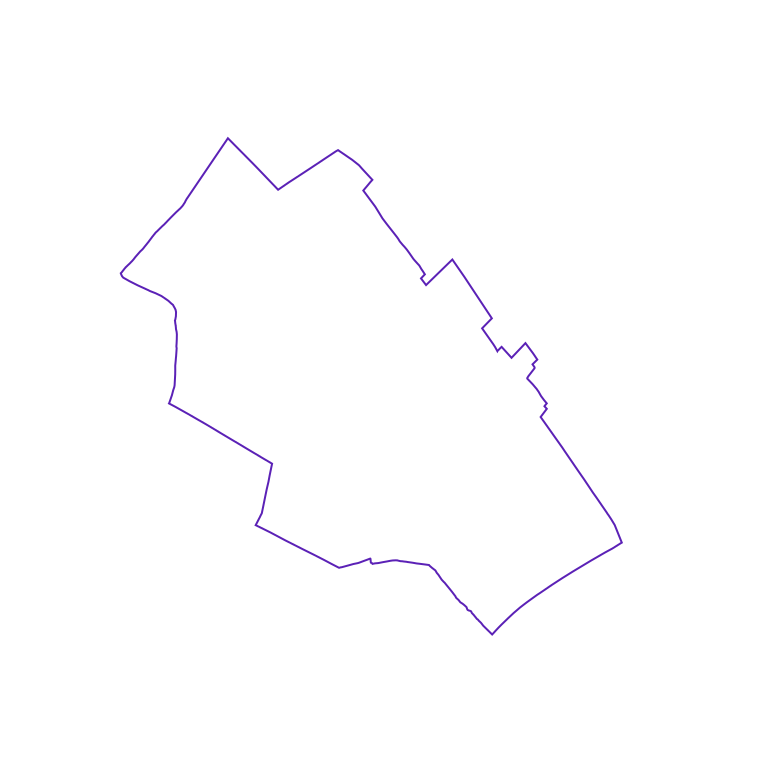 Bang Na, Bangkok Metropolis, Thailand (Equal Earth projection), rotated 208°
{"feature_id": "78962969B90575155663708", "entity_name": "Bang Na", "entity_type": "district", "adm_level": 2, "iso_a3": "THA", "parent_name": "Thailand", "parent_adm1": "Bangkok Metropolis", "projection": "equal_earth", "projection_center": [100.623, 13.666], "detail": "fine", "context": "isolated", "style": "outline", "palette": "violet", "viewbox_px": 768, "rotation_deg": 208, "n_neighbors": 0, "source": "geoboundaries", "source_scale": "gbopen_adm2", "svg_char_len": 5217}
<svg xmlns="http://www.w3.org/2000/svg" viewBox="0 0 768 768"><g transform="rotate(208 384 384)"><path d="M564.7,265.9L557.5,265.9L548.7,265.7L544.9,265.6L543.8,265.6L532.2,265.2L523.0,264.9L505.6,264.0L499.6,263.7L493.3,263.4L471.1,262.3L469.0,262.2L457.0,261.6L445.4,261.1L444.6,258.3L441.9,249.1L441.7,248.5L440.1,243.4L438.2,236.2L435.7,227.7L433.2,219.3L431.5,213.5L431.3,212.9L431.2,212.1L431.2,210.0L431.1,208.1L431.1,206.0L431.0,199.1L421.9,199.4L414.6,199.6L411.5,199.6L410.1,199.6L397.9,199.6L387.6,199.8L377.7,200.0L366.5,200.3L354.9,200.5L345.8,200.5L337.6,200.6L337.3,200.7L337.2,200.8L335.9,202.0L335.5,202.2L330.8,206.6L326.5,210.7L323.1,213.5L322.0,214.6L319.7,217.2L315.6,221.8L314.4,223.2L314.1,223.4L313.9,223.3L313.2,222.3L312.4,221.0L311.7,220.1L311.3,220.2L310.5,220.2L310.1,220.0L309.7,219.8L307.9,221.3L305.0,223.2L301.3,226.2L298.1,228.7L295.5,230.8L293.6,232.2L290.6,234.0L289.8,234.3L289.2,234.6L288.9,234.6L288.2,234.8L287.8,234.9L286.3,235.3L284.3,236.2L284.2,236.2L282.6,236.8L282.4,236.9L280.6,237.6L279.9,237.8L279.5,237.9L279.3,238.0L274.9,239.6L270.9,240.9L268.1,242.0L263.6,243.7L259.3,245.3L259.0,245.2L258.8,245.1L258.3,244.9L255.2,244.2L252.3,243.7L251.6,243.6L251.1,243.5L248.7,242.0L246.4,241.1L245.3,240.5L241.2,238.3L238.0,237.2L237.4,237.1L226.3,232.4L221.1,230.0L220.3,229.3L219.6,229.0L216.8,228.3L214.1,227.1L211.5,226.9L209.4,226.5L208.6,226.3L206.7,225.8L206.4,225.7L205.0,224.4L204.5,224.0L204.0,223.8L203.6,223.8L203.0,223.8L201.7,224.1L200.9,224.2L200.5,224.1L200.3,224.1L199.0,223.1L198.7,223.0L198.5,222.9L197.8,222.7L195.8,222.0L195.0,221.6L194.3,221.3L193.7,221.1L192.2,220.4L191.8,220.2L190.6,220.1L189.6,219.7L189.2,219.5L187.7,219.1L186.0,218.6L185.6,218.4L184.5,217.9L183.0,217.2L170.9,213.6L170.6,214.7L169.6,218.6L168.5,222.7L167.3,226.7L164.8,234.4L164.7,234.8L162.0,242.7L160.5,246.5L159.0,250.4L157.2,254.4L155.4,258.3L153.5,262.2L149.7,269.9L148.3,272.4L141.7,285.0L135.5,296.2L129.2,307.1L118.4,325.1L111.8,335.7L109.6,339.2L105.1,346.0L99.6,355.6L114.1,367.8L119.8,371.2L124.0,373.5L126.1,374.5L126.3,374.7L133.4,378.4L133.8,378.6L143.0,383.4L148.6,386.2L156.9,390.7L158.8,391.7L162.5,393.7L166.8,395.9L173.0,399.1L177.4,401.4L183.7,404.7L192.7,409.4L196.4,411.4L230.2,428.4L228.6,438.5L231.9,439.7L231.8,440.5L231.2,443.3L235.3,445.0L239.7,447.1L244.1,449.9L245.0,450.3L246.9,451.3L249.2,452.2L252.4,453.5L256.6,454.9L260.0,456.0L260.3,456.4L260.3,456.6L260.2,458.6L258.5,468.5L258.6,469.0L259.0,469.5L262.1,471.1L260.1,477.5L266.9,481.1L278.3,486.5L283.7,467.0L297.6,472.0L298.3,469.9L298.6,468.7L299.3,466.5L299.3,466.2L303.1,468.7L305.4,470.0L306.5,470.6L308.7,471.7L323.5,479.2L319.6,492.6L337.5,502.3L363.3,516.3L382.1,526.0L393.3,491.1L400.9,494.6L399.4,500.0L402.6,501.8L404.9,503.0L408.5,505.2L411.1,506.1L414.9,507.5L416.9,508.3L422.9,511.4L427.0,513.4L430.2,514.7L432.8,515.6L437.0,517.3L439.7,518.9L441.5,519.8L446.4,522.0L456.6,526.5L463.1,529.5L468.0,532.4L475.0,536.5L493.1,545.1L490.8,556.0L490.1,558.8L494.2,560.2L504.2,563.7L508.7,565.4L517.4,567.0L534.4,568.9L535.8,566.7L550.0,540.4L554.1,532.9L559.6,522.9L561.6,519.3L561.7,519.1L562.4,517.9L568.7,505.8L595.1,514.5L599.7,516.0L608.6,518.8L627.9,524.8L637.2,527.7L639.7,504.8L645.0,455.6L645.1,455.2L645.1,454.8L645.1,454.5L645.1,454.1L645.1,453.6L645.2,453.2L645.1,451.3L645.1,450.6L645.2,449.7L645.3,448.8L645.3,448.0L645.4,447.6L645.5,446.8L645.6,446.1L645.7,445.9L645.8,445.5L645.9,445.1L646.1,444.3L646.2,443.9L646.4,443.1L646.7,442.4L647.6,439.7L647.8,439.2L648.0,438.6L648.4,437.4L648.6,436.7L649.1,435.1L650.4,430.8L651.1,428.3L651.5,427.0L652.0,425.1L652.3,424.0L652.6,423.1L652.8,422.3L652.9,421.9L653.1,421.3L653.2,421.1L654.1,418.6L654.4,417.5L654.7,416.7L655.2,415.0L655.3,414.7L655.6,413.8L655.8,413.0L656.1,412.1L656.4,411.4L656.6,410.7L656.7,410.4L656.8,410.0L656.9,409.6L656.9,409.2L657.1,408.3L657.2,408.0L657.4,406.6L657.7,405.3L657.8,404.4L658.5,400.0L658.6,399.1L658.8,398.2L659.2,396.0L659.9,392.5L660.1,391.2L660.3,390.3L660.4,389.9L660.5,389.4L660.7,388.8L660.8,388.5L661.3,387.1L661.5,386.5L661.6,386.0L661.8,385.2L662.0,384.3L662.4,382.6L662.8,380.9L663.0,380.0L663.1,379.6L663.4,377.9L663.6,376.6L663.9,375.3L664.1,374.5L664.2,374.0L664.5,373.2L664.8,372.0L665.2,370.7L666.0,368.4L666.4,367.1L666.7,366.3L666.8,365.8L666.9,365.7L666.9,365.4L667.0,365.0L667.1,364.6L667.3,363.8L667.4,363.0L667.8,360.9L667.9,360.0L668.0,359.6L668.1,359.2L668.2,358.8L668.3,358.5L668.4,358.2L668.1,357.9L667.1,357.1L665.9,356.2L664.2,355.5L657.0,355.3L647.7,355.5L639.7,356.0L639.0,356.0L638.1,356.1L637.8,356.1L637.3,356.1L636.3,356.2L634.3,356.2L628.4,356.9L621.9,357.2L614.8,356.4L613.3,356.2L609.6,355.2L607.5,354.8L605.7,353.6L604.7,353.0L602.9,351.7L601.4,349.9L599.5,346.0L599.2,345.0L598.6,343.2L598.5,342.8L598.5,342.6L598.4,341.9L598.2,341.7L597.5,340.7L597.4,340.6L597.0,339.9L595.9,338.5L595.8,338.3L595.5,338.0L595.3,337.8L595.3,337.7L594.1,335.9L593.5,334.9L591.6,332.7L590.2,330.6L588.0,326.3L586.2,322.5L585.0,319.8L584.6,319.2L583.9,318.3L582.1,314.3L580.5,310.7L580.2,309.9L578.4,305.7L577.0,302.3L574.7,298.0L572.9,294.5L568.3,284.6L567.7,282.7L567.2,279.6L566.0,274.6L564.7,266.4L564.7,265.9Z" fill="none" stroke="#5b21b6" stroke-width="2"/></g></svg>